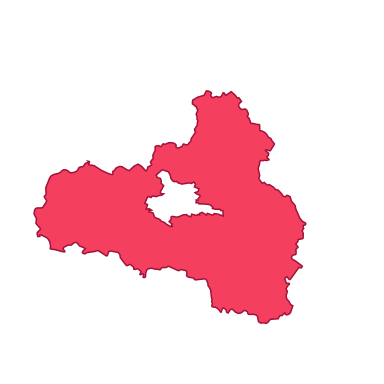 Kiev, Albers equal-area conic projection, rotated 293°
{"feature_id": "UKR-321", "entity_name": "Kiev", "entity_type": "Region", "adm_level": 1, "iso_a3": "UKR", "parent_name": "Ukraine", "parent_adm1": "", "projection": "albers", "projection_center": [30.544, 50.332], "detail": "fine", "context": "isolated", "style": "filled", "palette": "rose", "viewbox_px": 384, "rotation_deg": 293, "n_neighbors": 0, "source": "natural_earth", "source_scale": "10m", "svg_char_len": 6025}
<svg xmlns="http://www.w3.org/2000/svg" viewBox="0 0 384 384"><g transform="rotate(293 192 192)"><path d="M113.7,54.2L115.3,54.4L116.6,55.3L118.4,59.3L119.3,60.6L126.0,61.8L127.3,61.5L129.4,58.4L130.3,57.7L132.2,58.6L133.2,58.5L137.7,56.2L139.4,55.7L149.7,55.5L151.8,56.1L153.9,57.7L157.7,62.6L161.4,64.4L162.4,65.3L163.0,66.9L163.1,69.1L162.1,72.6L162.7,73.9L164.9,76.8L167.0,78.2L170.3,78.4L171.4,79.5L173.1,82.0L176.3,82.5L178.0,84.0L178.6,85.2L179.4,85.0L179.7,84.3L179.9,85.2L179.7,85.9L177.1,86.1L176.8,86.9L177.7,90.0L178.0,91.7L176.5,100.2L176.3,107.5L176.7,111.5L177.2,112.1L178.1,112.1L179.8,111.0L181.6,112.2L184.2,112.6L186.8,114.8L187.5,116.0L187.9,118.1L187.0,123.7L187.2,125.9L193.2,128.6L196.6,131.6L196.0,135.4L193.6,140.7L193.5,141.5L193.7,141.8L195.0,142.0L197.7,141.6L200.9,144.2L201.9,143.9L202.8,142.4L203.5,142.0L208.0,143.1L210.4,141.6L216.3,141.8L219.0,140.4L219.9,140.5L221.7,143.1L221.4,145.3L221.7,145.7L225.1,146.6L225.3,148.5L228.2,151.3L229.2,153.3L229.9,156.2L229.7,157.6L228.9,159.2L227.2,159.6L226.8,160.9L226.8,161.8L229.8,164.9L232.8,165.3L233.1,166.5L233.0,168.1L234.1,169.7L236.4,170.2L238.1,171.1L240.8,170.4L248.3,171.9L250.1,170.1L250.8,169.8L255.7,170.8L257.8,169.8L259.6,169.7L261.2,168.0L263.1,167.4L265.1,165.5L269.7,165.3L271.1,163.4L272.3,162.5L272.3,161.0L273.0,159.7L273.2,158.0L275.3,157.1L277.0,156.8L281.7,160.4L285.8,165.4L290.4,165.6L290.8,165.9L291.4,168.3L291.1,170.8L290.6,171.3L288.3,171.3L287.0,173.3L286.9,174.3L289.5,177.1L289.8,179.8L290.5,180.8L292.2,181.8L295.2,181.8L295.8,182.4L295.6,183.3L294.1,185.0L294.6,185.7L299.7,188.9L297.9,194.2L296.4,196.6L297.0,198.2L296.8,198.9L294.7,202.2L291.8,200.9L290.4,200.9L289.3,201.4L287.8,203.5L287.4,205.1L287.6,206.1L289.2,208.5L289.2,209.4L288.6,210.6L286.2,213.2L284.7,213.6L283.1,213.3L282.1,215.9L278.6,219.0L278.3,219.6L279.0,221.5L279.5,224.9L280.3,227.2L280.2,228.0L275.5,230.2L275.2,231.1L275.5,233.7L275.3,235.6L274.3,238.1L272.2,241.1L272.1,243.6L270.5,245.4L268.6,249.0L267.9,249.2L260.7,248.0L260.2,247.4L260.1,244.2L259.4,243.3L258.6,243.6L258.0,246.3L257.5,247.5L255.5,248.0L253.5,247.1L252.8,248.0L252.2,250.0L251.8,250.3L250.0,248.2L249.7,246.5L248.5,245.0L247.9,243.1L246.6,242.5L243.9,243.3L239.5,243.7L233.6,247.9L230.9,248.2L230.0,248.8L227.5,253.1L229.1,254.7L227.8,258.4L228.0,259.1L228.9,259.9L229.0,260.8L228.3,265.0L227.0,267.7L227.4,270.5L225.5,275.1L223.8,277.3L224.0,279.5L226.1,280.8L226.2,282.1L226.0,284.2L222.5,287.0L220.0,292.0L216.8,294.3L210.3,301.2L208.1,305.0L207.9,308.3L207.1,309.3L206.0,309.1L204.9,307.7L204.0,307.5L202.0,309.1L199.5,308.5L197.3,310.6L193.0,312.3L192.2,312.0L189.8,308.4L187.5,308.8L184.8,307.8L182.7,311.2L179.4,310.0L178.1,311.0L175.4,312.0L174.7,311.6L173.9,310.2L172.7,309.2L170.7,309.0L169.3,310.5L169.0,313.8L167.0,322.1L166.4,322.7L164.9,322.3L164.5,321.3L164.5,320.1L163.9,319.8L149.9,316.6L149.5,315.5L150.9,312.9L151.0,312.2L148.6,311.2L144.9,314.5L145.9,317.1L145.4,317.7L143.2,316.8L139.8,316.4L138.7,317.3L137.9,318.6L133.2,319.2L130.6,321.0L128.9,324.5L126.8,326.8L126.8,328.9L126.6,329.3L119.5,329.8L118.2,329.4L116.6,328.2L115.8,326.9L115.9,325.7L117.0,324.7L116.7,324.3L113.3,323.1L112.6,321.4L111.7,321.0L109.0,320.9L105.4,313.9L101.8,312.8L100.1,311.7L99.7,309.5L98.2,306.4L98.3,304.8L98.9,303.7L103.0,300.9L103.7,299.9L103.7,297.2L101.5,292.0L101.9,290.9L103.5,289.9L103.7,287.2L103.3,286.3L99.8,284.4L98.3,281.9L98.4,278.6L99.7,275.6L99.8,274.8L99.5,273.9L98.4,273.2L94.7,272.5L94.9,270.8L97.1,269.2L97.5,266.4L97.4,266.0L96.8,265.6L92.6,265.7L92.6,265.2L94.2,262.8L95.0,259.8L95.0,258.3L94.2,255.9L94.5,255.0L95.1,254.6L97.3,254.4L98.7,252.9L100.4,252.7L103.2,250.7L109.0,247.5L110.9,245.2L111.9,243.5L114.3,242.1L116.6,239.8L117.2,238.4L117.0,237.6L112.4,229.4L112.4,228.7L113.4,227.0L112.4,222.6L112.3,220.7L112.9,219.7L116.2,218.7L117.3,217.0L117.3,216.5L116.8,215.2L116.5,212.3L114.6,210.8L114.2,209.7L114.5,199.7L114.3,199.0L112.5,197.9L110.6,193.8L108.0,193.1L107.7,192.5L107.5,190.6L106.5,188.1L106.1,184.8L105.1,183.0L104.2,181.7L102.8,180.9L99.6,181.0L95.8,182.3L94.9,181.9L94.4,181.0L94.6,180.2L96.7,179.9L97.5,178.8L97.5,178.4L95.7,177.0L95.9,176.2L98.6,176.2L99.3,175.1L100.0,172.8L100.0,171.5L98.5,170.0L98.2,168.6L99.9,167.8L101.2,163.9L101.0,163.0L99.1,161.3L98.7,160.7L98.9,159.8L103.5,151.7L106.1,150.1L106.8,149.2L107.3,148.1L107.4,146.9L105.7,139.6L104.3,138.7L100.5,138.9L99.8,138.5L99.8,137.6L101.3,129.3L101.1,127.9L99.1,125.5L95.1,118.9L93.2,117.6L92.9,115.9L93.0,115.2L93.3,114.8L95.7,114.8L98.1,116.1L98.4,115.3L98.4,109.6L100.2,106.0L100.2,104.6L99.0,103.1L96.1,101.8L94.6,98.6L91.0,95.6L89.5,95.3L87.7,98.1L87.1,98.2L86.3,95.4L85.6,89.3L84.3,84.1L84.8,83.4L86.5,83.2L90.2,80.8L92.1,78.6L92.9,77.0L93.3,74.7L93.5,69.4L93.1,68.8L91.6,69.3L90.7,67.6L92.7,65.9L94.4,65.4L97.6,66.8L99.1,66.8L102.1,60.6L106.8,59.2L109.0,56.4L110.5,55.0L113.7,54.2ZM194.8,197.4L197.7,197.0L197.6,192.2L200.6,192.2L201.8,189.7L199.6,188.1L199.4,186.1L195.3,179.5L195.0,175.2L195.8,173.7L194.5,171.6L194.7,169.8L196.4,167.1L198.6,165.7L201.4,162.4L200.8,155.9L193.6,152.4L191.8,154.4L192.1,157.7L190.4,159.2L188.0,160.2L186.7,163.5L179.5,162.8L178.5,163.9L179.2,166.6L177.3,165.5L175.9,163.1L173.8,161.0L172.8,156.9L170.9,156.5L170.6,153.1L163.1,153.0L163.1,156.0L158.3,156.5L159.9,159.4L159.5,161.8L158.1,159.5L156.8,160.4L157.5,162.3L157.4,164.5L154.3,167.3L154.0,169.3L154.3,171.7L153.8,173.9L153.0,174.9L153.2,178.9L152.4,180.7L151.8,185.7L152.6,187.2L153.4,186.0L154.7,186.3L155.8,182.5L159.0,183.5L160.7,182.5L161.9,183.3L162.9,187.9L164.9,190.4L167.2,192.4L169.1,195.7L168.4,197.9L168.8,200.6L171.5,200.4L172.2,205.4L173.6,206.0L173.8,208.0L175.1,207.3L177.2,209.2L176.4,214.4L178.3,214.4L178.8,220.2L180.8,220.9L181.8,224.5L182.1,230.1L186.9,227.7L186.2,225.8L187.0,224.5L185.2,220.3L184.8,217.2L186.2,217.0L187.3,213.2L186.0,208.7L183.8,203.0L184.6,201.9L183.6,200.0L186.4,199.0L186.8,200.8L188.4,200.2L190.6,201.1L192.1,200.6L192.0,197.0L192.6,195.0L194.8,197.4Z" fill="#f43f5e" stroke="#9f1239" stroke-width="1.5"/></g></svg>